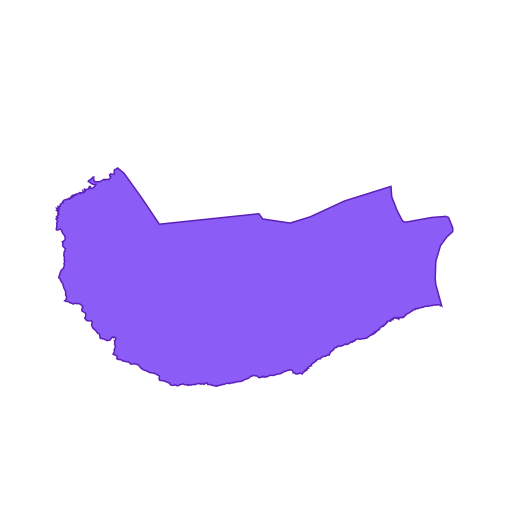 Mitsamiouli-Mboudé, Andjazîdja, Comoros, rotated 252°
{"feature_id": "10938185B67203865227918", "entity_name": "Mitsamiouli-Mboudé", "entity_type": "district", "adm_level": 2, "iso_a3": "COM", "parent_name": "Comoros", "parent_adm1": "Andjazîdja", "projection": "equal_earth", "projection_center": [43.317, -11.447], "detail": "fine", "context": "isolated", "style": "filled", "palette": "violet", "viewbox_px": 512, "rotation_deg": 252, "n_neighbors": 0, "source": "geoboundaries", "source_scale": "gbopen_adm2", "svg_char_len": 6016}
<svg xmlns="http://www.w3.org/2000/svg" viewBox="0 0 512 512"><g transform="rotate(252 256 256)"><path d="M382.5,151.6L381.7,149.3L381.8,148.1L379.7,147.0L377.8,146.6L377.9,145.1L379.0,143.2L378.5,142.7L378.5,141.9L376.7,141.7L376.1,142.4L375.2,141.5L374.3,139.7L375.3,136.7L375.0,135.5L375.9,135.1L375.0,131.3L375.1,129.9L376.2,126.3L377.9,125.0L381.3,126.1L381.3,125.1L379.6,121.8L379.5,120.4L378.9,119.5L375.9,121.7L374.3,123.4L373.6,125.9L371.8,123.7L371.2,122.3L371.0,120.3L371.8,119.3L373.1,120.0L373.6,119.4L373.0,118.3L371.9,118.1L371.4,117.4L371.7,116.6L371.7,114.3L372.6,113.5L371.7,113.1L370.6,113.9L369.8,112.9L369.8,112.3L371.0,111.6L369.7,111.6L370.2,108.8L370.5,108.5L369.8,108.2L370.5,107.7L370.6,106.8L370.1,106.0L370.3,104.8L369.6,104.2L369.8,103.4L370.4,103.5L370.2,102.6L370.3,100.9L369.4,101.4L368.9,100.4L369.3,99.8L369.8,100.0L370.1,99.6L369.5,99.0L369.4,98.5L368.6,98.6L369.0,97.6L367.7,96.8L367.7,96.3L368.4,96.2L368.7,95.5L368.0,94.3L368.4,93.6L368.4,90.6L367.4,88.9L366.2,89.2L366.2,86.9L365.5,86.3L365.2,85.5L364.1,85.3L363.5,84.5L363.3,84.1L364.0,83.8L364.3,83.1L362.8,83.1L362.9,82.1L362.2,82.5L362.2,82.0L362.9,81.8L363.1,81.0L361.8,81.5L361.5,82.4L361.2,81.3L360.8,82.6L360.6,82.6L359.9,82.2L360.7,81.1L360.7,80.6L360.0,81.0L359.3,81.8L358.7,81.6L357.9,80.6L357.3,80.6L356.8,81.5L356.5,81.4L355.0,78.4L353.8,79.3L353.1,78.9L353.3,77.5L352.9,77.3L350.3,78.1L349.4,76.9L346.2,75.9L342.9,74.2L342.0,74.9L342.2,77.5L341.9,78.2L341.1,78.8L337.1,79.2L335.8,79.9L333.8,80.2L331.6,80.0L330.5,79.4L330.0,78.7L329.3,76.1L328.0,76.7L327.4,76.0L325.1,75.3L321.5,77.0L319.1,74.8L316.0,73.4L313.9,73.4L311.6,72.4L310.3,72.5L307.8,70.9L306.7,71.1L303.7,69.0L302.7,66.5L301.6,65.4L296.4,61.6L294.9,62.6L293.0,62.6L289.4,63.6L285.1,63.4L281.8,63.9L279.4,63.6L278.2,62.9L275.1,63.2L273.2,61.8L272.5,60.2L271.3,61.7L270.6,63.5L268.8,64.8L268.2,66.0L266.8,67.2L267.0,69.5L266.2,70.3L265.5,72.8L264.3,74.1L262.8,75.0L260.5,75.6L259.8,74.2L257.7,73.4L254.6,75.9L253.5,76.3L251.8,75.6L249.7,73.9L247.2,74.9L246.3,76.0L245.3,79.0L244.6,79.7L243.5,79.7L241.4,78.3L238.0,78.5L234.2,80.7L231.8,81.4L230.0,83.0L226.2,82.4L225.7,82.6L224.3,85.4L221.5,88.3L221.2,91.1L223.4,94.4L223.2,94.9L222.3,95.1L222.6,96.5L221.4,97.4L220.4,97.1L219.1,95.1L218.1,95.3L215.6,94.1L214.2,94.6L212.5,93.8L210.3,91.9L208.5,91.8L206.9,89.7L203.7,93.0L203.2,93.0L201.6,91.9L201.1,92.0L200.1,93.1L199.2,95.5L197.1,97.1L196.7,98.3L195.2,100.5L194.7,102.2L191.9,103.4L191.0,107.1L189.0,110.3L184.8,112.0L182.8,113.5L180.7,116.3L178.1,118.7L176.6,121.8L175.4,123.6L171.8,127.0L171.1,126.9L169.3,125.8L167.5,126.0L165.7,129.8L162.1,134.1L159.7,135.0L158.7,136.8L158.2,139.6L156.9,140.9L156.8,143.2L157.1,143.9L156.9,147.0L155.3,149.0L155.2,149.9L154.3,151.0L154.5,151.5L153.8,151.8L154.1,153.0L153.3,154.3L153.3,156.4L152.4,158.3L152.7,159.0L152.6,160.8L152.1,163.3L151.5,163.4L151.0,164.6L151.3,165.8L150.1,166.5L150.2,167.8L150.8,169.7L150.3,170.2L148.8,170.4L147.5,173.4L146.2,174.9L145.1,177.2L144.4,177.7L144.3,178.6L144.6,179.8L144.2,180.2L144.5,181.2L144.1,182.5L144.3,183.6L144.0,184.4L144.2,185.1L143.8,185.8L144.0,189.7L143.0,190.8L142.8,192.0L143.0,193.7L142.5,194.3L142.8,195.4L142.2,196.3L142.2,196.9L142.6,197.7L141.9,200.1L141.7,202.0L141.4,202.4L141.4,204.6L142.1,207.7L141.9,209.6L142.4,212.3L143.1,213.4L143.0,217.5L141.9,218.8L141.8,219.8L139.7,221.0L139.0,222.1L139.3,222.7L139.2,224.5L139.5,225.2L138.8,225.2L138.7,226.3L138.3,226.4L138.5,227.5L137.9,227.9L138.1,228.3L137.7,228.8L138.2,232.5L136.9,236.1L137.1,239.4L136.5,243.1L137.4,247.5L137.2,248.4L137.5,250.3L137.0,253.9L136.6,254.8L135.0,255.5L133.4,255.2L132.5,257.0L131.8,257.1L131.0,258.6L130.9,260.4L131.3,261.1L129.5,263.6L130.6,264.7L131.6,268.0L132.3,267.5L132.5,267.7L132.0,268.7L132.0,269.5L133.1,269.6L133.3,270.6L133.1,271.3L134.0,271.2L134.3,271.7L134.6,274.9L135.9,275.1L136.4,277.0L136.8,277.3L136.7,278.2L137.4,279.5L137.4,280.5L138.3,281.3L138.3,281.8L138.7,281.9L138.5,282.5L138.7,284.8L138.4,285.4L138.8,285.6L139.1,286.7L139.4,286.9L139.6,288.3L139.2,291.5L139.6,292.1L139.6,293.6L139.2,294.8L139.6,294.8L139.8,295.5L140.2,295.6L141.2,297.1L141.7,297.2L142.3,299.1L142.5,299.2L142.6,300.2L144.4,302.7L144.1,304.0L144.3,305.0L145.2,305.7L144.1,308.0L144.1,310.8L144.6,314.0L143.9,314.8L143.7,315.9L144.1,316.5L143.9,317.3L144.8,319.2L144.2,321.1L145.2,321.4L144.9,322.4L145.0,323.3L144.7,323.5L145.3,324.7L145.8,325.1L145.8,326.7L145.5,328.0L145.0,328.3L144.9,329.2L144.5,330.0L144.6,331.4L144.0,333.1L144.2,333.3L143.7,335.9L145.1,339.9L145.5,340.4L145.2,341.0L145.7,341.6L145.3,342.2L145.4,343.0L145.8,343.0L145.7,343.7L146.2,343.8L145.8,344.5L146.2,345.1L146.1,345.5L146.6,346.3L147.0,346.0L146.8,346.9L147.2,347.1L147.1,347.7L147.5,348.0L147.7,349.7L148.2,349.7L148.3,350.9L149.8,352.4L149.9,354.3L150.2,354.6L149.8,354.9L149.9,355.3L150.3,355.9L150.2,356.3L150.4,356.6L150.7,356.1L151.2,358.2L152.1,359.3L152.5,359.2L152.7,359.5L152.6,359.9L152.2,360.0L152.4,360.4L153.2,360.7L153.4,361.9L152.3,363.9L152.6,364.1L153.1,363.4L153.6,364.7L153.4,365.3L153.8,365.4L153.2,366.7L154.2,366.7L154.3,367.8L154.8,368.3L154.7,368.8L154.3,368.6L154.2,369.3L153.6,369.7L153.3,371.1L152.9,371.2L153.2,371.8L152.4,372.1L153.0,372.3L152.6,372.5L153.1,372.7L152.7,373.3L153.1,374.3L152.6,374.9L152.6,375.9L152.1,376.0L152.2,377.9L152.9,378.8L153.0,379.2L153.9,379.9L153.7,380.7L154.2,381.3L154.7,384.7L155.6,386.5L155.4,387.5L156.4,389.4L155.8,390.6L156.7,391.8L155.8,393.1L156.2,395.1L155.8,397.5L156.0,398.3L155.6,399.1L156.0,400.7L155.7,401.1L155.3,403.9L154.8,404.5L155.1,405.4L154.4,408.3L154.5,410.2L154.0,410.9L154.0,412.1L153.5,412.7L153.2,414.9L152.2,416.0L151.7,416.0L151.7,416.8L151.2,417.2L173.7,418.2L179.6,419.6L195.4,425.4L208.8,434.6L215.2,443.5L218.4,450.6L221.9,451.8L233.1,451.0L235.0,448.9L238.3,435.3L242.0,408.2L244.3,406.1L256.0,404.2L270.4,403.4L280.5,405.9L281.0,357.2L276.5,319.6L276.8,298.6L289.1,273.9L295.3,271.8L316.1,173.9L347.0,165.1L375.4,156.1L382.5,151.6Z" fill="#8b5cf6" stroke="#5b21b6" stroke-width="1.5"/></g></svg>